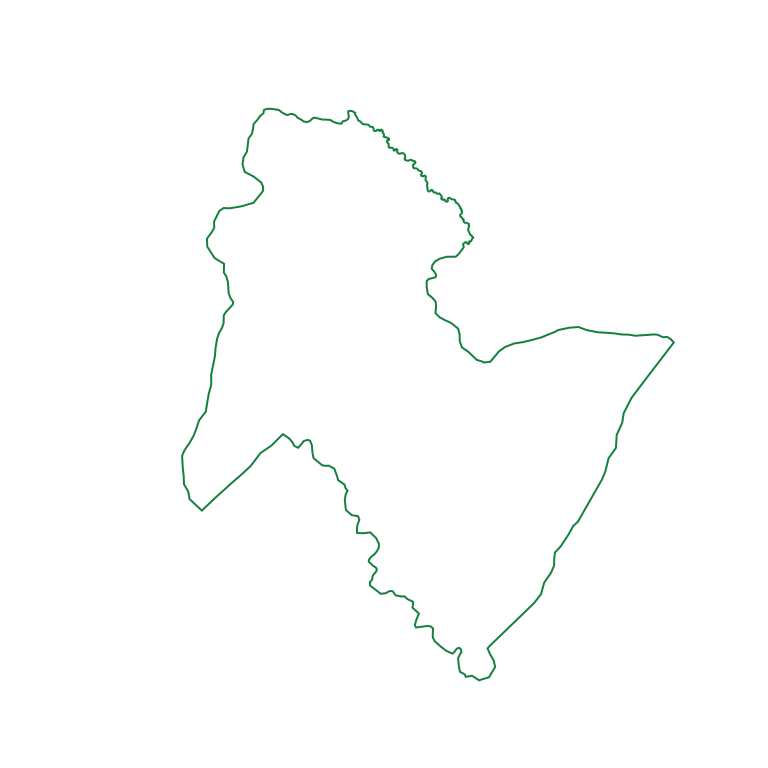 Migues, Canelones, Uruguay, rotated 308°
{"feature_id": "84410073B2992667902544", "entity_name": "Migues", "entity_type": "district", "adm_level": 2, "iso_a3": "URY", "parent_name": "Uruguay", "parent_adm1": "Canelones", "projection": "mercator", "projection_center": [-55.568, -34.48], "detail": "fine", "context": "isolated", "style": "outline", "palette": "green", "viewbox_px": 768, "rotation_deg": 308, "n_neighbors": 0, "source": "geoboundaries", "source_scale": "gbopen_adm2", "svg_char_len": 6154}
<svg xmlns="http://www.w3.org/2000/svg" viewBox="0 0 768 768"><g transform="rotate(308 384 384)"><path d="M595.1,586.8L595.9,582.6L595.4,578.1L592.6,575.1L591.4,569.6L589.5,566.5L576.7,552.3L573.7,546.7L569.2,540.5L565.5,534.0L556.2,520.3L551.2,510.3L548.7,502.3L542.7,495.6L533.7,488.0L530.4,486.6L517.8,479.4L510.3,473.9L502.5,467.7L496.2,461.7L487.7,456.6L480.4,454.5L467.0,454.1L462.4,449.4L461.8,446.3L460.1,442.3L461.3,430.5L460.8,423.0L464.2,417.5L470.1,412.6L473.3,408.2L473.4,399.2L471.8,392.6L470.8,386.9L471.5,380.9L477.2,377.3L480.7,373.9L481.7,369.1L481.8,363.3L486.4,358.2L491.3,354.3L494.1,354.5L499.7,358.8L502.0,358.0L503.2,355.4L504.3,350.5L507.5,348.9L512.1,348.8L517.2,350.9L522.8,355.0L528.5,362.2L532.9,362.8L540.7,362.7L542.1,361.2L542.3,360.7L542.9,360.3L543.8,360.2L546.3,361.2L546.4,362.2L546.1,363.1L546.1,364.2L546.5,364.6L547.6,364.2L548.3,364.3L548.5,363.5L548.8,363.4L549.2,363.7L549.3,364.1L550.0,364.5L550.6,364.6L552.0,364.3L553.1,363.9L553.7,364.3L554.2,364.2L554.5,363.8L554.9,360.0L557.0,355.6L557.3,355.5L557.7,355.1L559.1,354.7L559.8,354.0L561.0,353.8L561.7,353.0L561.9,352.5L562.4,352.2L562.4,351.9L562.0,351.1L561.7,349.5L560.8,348.3L561.0,347.7L560.8,347.1L561.9,346.2L562.0,345.4L562.4,345.5L562.7,345.2L562.6,344.4L563.2,342.4L562.9,341.3L563.3,340.6L564.1,339.9L565.8,340.2L567.5,339.7L568.0,339.2L568.0,338.8L569.0,338.0L568.9,337.3L569.5,336.8L569.4,336.2L569.7,335.8L570.5,335.1L570.6,333.8L571.5,331.8L571.4,329.8L571.2,329.4L571.7,328.8L571.6,328.0L572.2,327.5L572.7,326.7L572.4,325.7L571.2,323.3L571.1,321.2L570.6,320.5L570.1,320.2L569.7,320.5L568.9,320.3L568.3,320.7L567.9,321.5L566.9,321.7L566.5,321.5L566.0,320.5L565.8,319.8L566.2,319.2L566.6,318.2L566.5,317.7L566.0,317.6L565.4,317.1L565.2,316.2L565.3,314.9L565.5,314.7L565.9,314.9L566.7,314.7L567.4,314.1L568.1,310.9L568.1,310.2L568.0,309.9L567.0,309.3L566.6,308.8L566.5,308.0L566.8,306.8L566.6,306.4L565.8,305.8L565.7,305.4L565.8,304.1L566.5,303.1L566.4,302.1L565.7,301.6L564.6,301.8L563.9,301.4L563.4,301.0L563.2,300.3L563.4,299.2L564.9,298.1L566.4,295.9L568.3,295.1L569.4,294.3L569.6,293.8L569.6,293.3L570.0,292.5L570.0,291.6L570.1,291.4L571.1,290.5L572.7,289.7L573.4,289.1L573.2,287.5L572.8,287.2L572.0,287.2L571.7,286.9L571.4,286.4L571.3,285.6L571.0,285.0L571.5,284.5L572.3,284.0L573.3,284.2L573.8,284.0L574.0,283.8L574.5,282.2L574.5,281.9L573.7,280.4L573.5,279.7L574.0,278.5L573.9,277.0L573.8,276.6L572.8,275.3L572.5,274.4L572.7,273.5L573.2,273.3L574.4,272.0L575.9,272.2L576.7,272.5L577.7,272.5L578.1,272.2L578.5,271.3L578.3,270.8L578.0,270.8L577.6,270.0L577.8,269.3L577.3,267.3L576.2,266.3L575.7,266.2L574.9,265.7L574.3,264.8L573.6,262.6L574.5,261.3L575.6,261.3L576.2,260.9L577.5,259.1L577.8,257.9L577.6,256.9L577.3,256.3L576.8,255.8L575.2,254.8L574.5,253.2L574.7,252.1L575.1,251.3L576.2,250.9L576.6,250.5L576.8,250.2L576.9,249.3L576.8,249.1L576.0,248.7L574.7,248.8L574.2,248.2L574.1,247.8L574.9,247.1L575.2,246.0L575.1,244.9L573.7,242.9L573.6,241.8L574.3,241.1L575.6,240.4L576.1,239.7L576.3,237.9L576.8,237.1L578.2,236.6L578.8,237.5L579.1,237.6L579.7,237.5L580.4,236.9L580.2,236.2L580.3,235.6L579.4,233.2L578.7,231.9L578.7,231.5L580.8,230.3L581.1,228.8L581.7,228.1L581.8,227.5L582.6,227.2L582.6,226.2L582.9,225.9L582.9,225.5L582.5,225.0L581.9,224.9L581.4,225.1L580.7,224.7L580.7,224.2L581.1,223.9L580.6,222.6L580.1,222.1L578.9,222.2L577.4,220.6L577.9,219.4L578.8,218.4L579.7,216.8L578.2,214.8L578.7,212.1L575.7,207.2L576.3,203.6L575.8,201.6L577.0,199.6L578.9,194.7L579.9,194.3L579.4,190.7L578.2,188.9L577.0,187.9L576.4,188.1L576.3,188.5L575.0,189.4L573.6,191.2L571.6,192.4L570.5,192.5L568.5,191.9L567.1,191.1L566.8,190.5L565.8,189.9L562.9,190.1L560.8,186.9L559.4,182.7L559.1,179.4L557.4,176.6L554.6,172.9L551.6,166.3L550.4,164.5L547.7,163.9L545.6,163.6L543.0,162.1L541.5,159.2L541.2,155.0L540.6,152.3L541.2,149.3L540.6,146.0L539.1,144.0L536.4,142.2L535.5,139.2L535.2,136.2L535.2,132.3L531.6,126.1L530.3,124.2L529.8,123.9L529.0,122.5L526.0,120.7L523.1,122.3L519.2,121.4L514.1,121.6L508.5,121.2L504.5,123.7L499.8,125.9L494.1,126.1L482.8,132.9L476.1,133.8L470.0,137.3L465.4,143.7L467.2,153.6L467.2,163.1L464.9,167.5L461.2,169.9L446.4,169.6L435.7,161.8L427.4,154.2L424.0,149.3L419.0,147.7L407.3,150.1L402.7,154.0L397.6,154.8L389.5,155.0L383.4,160.2L379.0,172.9L379.5,178.1L380.3,183.9L373.2,189.2L371.7,193.6L368.2,198.3L360.1,205.5L357.3,209.8L355.8,214.7L353.5,215.9L343.2,215.1L339.6,215.4L332.8,220.4L328.0,221.9L322.9,222.5L317.2,224.5L309.0,228.9L301.7,233.7L284.7,242.2L277.0,248.4L268.4,251.9L252.4,260.6L241.8,260.6L233.3,263.6L225.7,265.9L218.1,267.0L208.8,267.6L203.1,269.1L194.3,276.8L188.5,282.5L181.9,288.1L178.6,296.1L173.6,301.7L172.1,318.4L189.2,320.9L213.3,325.1L226.0,327.6L237.2,329.4L253.7,329.2L266.1,333.2L282.2,335.2L282.7,342.9L281.7,347.7L280.0,351.4L280.9,355.6L286.3,355.9L289.7,355.9L293.1,358.4L293.7,360.8L291.3,364.9L285.4,370.4L282.2,374.1L281.9,385.4L283.5,388.3L285.6,390.7L286.7,397.0L282.3,404.0L280.0,406.9L280.4,414.7L278.3,417.8L277.4,421.0L273.9,421.6L268.6,424.4L261.2,431.6L260.8,439.4L263.9,444.9L261.8,448.2L256.2,450.0L252.1,452.7L250.1,454.5L253.2,459.0L258.6,464.6L257.7,472.8L254.8,478.6L251.6,480.8L247.5,481.4L244.0,481.3L240.1,480.3L236.2,480.3L234.6,481.5L234.0,487.3L234.4,490.6L233.2,492.8L230.5,493.3L228.2,493.1L225.3,493.4L222.6,495.1L219.2,494.9L216.6,497.2L216.7,510.7L220.3,514.2L224.2,515.8L226.0,518.3L224.6,523.3L227.4,528.7L229.3,530.9L228.9,534.8L230.3,541.0L228.1,542.6L225.3,544.1L224.6,552.8L217.7,554.8L212.9,556.8L211.9,559.2L220.1,567.2L221.7,570.0L221.6,573.2L218.7,575.1L214.4,578.4L212.5,582.5L212.1,589.0L212.0,597.0L213.8,604.1L216.9,604.4L220.4,604.3L222.5,605.8L222.2,608.1L220.4,610.1L217.1,610.4L213.5,611.2L206.8,617.6L204.0,621.2L204.9,626.4L203.6,628.7L208.3,633.0L209.0,641.3L217.7,647.3L229.5,645.8L233.6,640.7L236.6,633.5L239.4,628.4L241.5,628.4L303.5,637.1L315.0,637.1L326.2,632.5L338.1,631.8L345.7,629.8L350.9,625.9L356.3,622.5L364.9,623.2L378.9,622.1L388.7,620.5L394.7,621.6L442.8,614.6L451.3,612.3L463.7,606.7L476.5,606.1L487.0,598.8L500.3,595.5L508.4,590.9L525.5,587.6L551.1,587.2L595.1,586.8Z" fill="none" stroke="#15803d" stroke-width="2"/></g></svg>